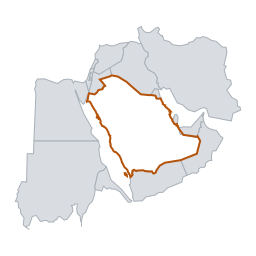 Saudi Arabia highlighted among its neighbors
{"feature_id": "SAU", "entity_name": "Saudi Arabia", "entity_type": "country or territory", "adm_level": 0, "iso_a3": "SAU", "parent_name": "Asia", "parent_adm1": "", "projection": "natural_earth1", "projection_center": [44.88, 24.248], "detail": "fine", "context": "with_neighbors", "style": "outline", "palette": "amber", "viewbox_px": 256, "rotation_deg": 0, "n_neighbors": 15, "source": "natural_earth", "source_scale": "50m", "svg_char_len": 10156}
<svg xmlns="http://www.w3.org/2000/svg" viewBox="0 0 256 256"><path d="M29.4,229.5L25.2,226.7L23.3,224.9L24.0,217.6L20.8,213.6L20.4,209.2L18.4,207.4L18.4,203.6L17.3,201.1L15.4,201.5L17.5,196.5L16.9,193.8L18.8,191.8L17.7,190.3L21.8,181.6L26.6,182.0L27.2,153.7L33.5,153.7L33.9,140.8L98.3,140.8L100.0,147.2L98.8,148.3L99.5,155.0L101.4,162.7L106.4,166.7L103.6,170.3L99.6,171.4L97.8,173.4L94.8,187.1L95.3,189.7L94.4,195.2L92.1,201.6L88.7,204.8L85.7,212.3L83.1,214.1L81.4,220.8L81.5,226.6L81.4,221.6L80.7,221.5L80.1,216.1L77.3,213.5L76.7,208.9L77.4,204.1L74.9,203.7L74.5,205.1L71.2,205.5L72.5,207.3L72.9,211.2L67.0,219.4L64.2,220.0L59.6,216.3L57.5,217.6L56.9,219.5L54.0,220.7L53.8,222.0L48.3,222.0L47.6,220.7L43.6,220.5L41.6,221.6L40.1,221.0L36.3,215.5L32.3,216.4L29.3,225.1L25.6,227.0L29.4,229.5Z" fill="#d9dde1" stroke="#a8b0b8" stroke-width="1"/><path d="M94.1,67.9L92.6,73.6L90.7,72.7L89.4,77.1L90.8,77.8L89.4,78.7L89.1,80.4L91.6,79.5L91.7,82.0L88.8,92.3L85.6,81.2L87.2,79.1L90.3,69.2L94.1,67.9Z" fill="#d9dde1" stroke="#a8b0b8" stroke-width="1"/><path d="M94.1,67.9L90.5,69.1L95.3,59.1L97.7,59.4L98.4,62.0L95.5,64.4L94.1,67.9Z" fill="#d9dde1" stroke="#a8b0b8" stroke-width="1"/><path d="M91.6,79.5L89.1,80.4L89.4,78.7L90.8,77.8L89.4,77.1L90.7,72.7L92.6,73.6L91.6,79.5Z" fill="#d9dde1" stroke="#a8b0b8" stroke-width="1"/><path d="M92.6,73.6L93.5,71.6L99.3,74.2L109.8,67.3L111.8,75.1L100.1,79.4L105.3,85.8L103.5,86.9L102.6,89.1L98.5,90.0L94.8,94.3L88.9,93.3L88.8,92.3L91.7,82.0L92.6,73.6Z" fill="#d9dde1" stroke="#a8b0b8" stroke-width="1"/><path d="M177.9,126.3L178.9,126.0L179.1,127.8L183.3,126.8L191.0,127.1L201.9,114.6L203.0,116.8L203.8,121.9L201.1,122.0L200.7,126.2L201.7,127.1L199.3,128.3L199.3,131.0L196.6,137.6L180.3,134.4L177.9,126.3Z" fill="#d9dde1" stroke="#a8b0b8" stroke-width="1"/><path d="M173.7,123.0L173.3,118.3L174.7,114.9L176.2,114.3L177.8,116.3L178.0,120.1L176.9,123.9L175.4,124.3L173.7,123.0Z" fill="#d9dde1" stroke="#a8b0b8" stroke-width="1"/><path d="M158.2,89.3L160.6,98.5L156.9,98.7L155.5,95.6L150.8,94.9L154.6,88.7L158.2,89.3Z" fill="#d9dde1" stroke="#a8b0b8" stroke-width="1"/><path d="M111.8,75.1L109.8,67.3L121.5,60.6L123.5,52.8L123.1,48.0L126.0,46.4L128.7,42.4L130.9,41.4L136.9,42.3L138.7,43.9L141.2,42.8L144.6,50.5L148.0,52.4L148.4,56.2L145.8,58.4L144.6,63.5L148.2,69.6L154.7,73.2L157.5,78.1L156.6,82.8L158.3,82.8L158.4,86.2L161.4,89.6L154.6,88.7L150.8,94.9L140.9,94.4L125.9,81.4L118.1,76.9L111.8,75.1Z" fill="#d9dde1" stroke="#a8b0b8" stroke-width="1"/><path d="M197.7,136.3L197.8,133.7L199.3,131.0L199.3,128.3L201.7,127.1L200.7,126.2L201.1,122.0L203.8,121.9L206.3,126.4L209.4,128.7L216.6,130.7L220.7,136.6L222.7,137.4L222.7,138.8L215.8,151.0L213.3,150.6L212.2,152.2L211.4,155.5L211.7,160.6L209.2,160.5L205.8,162.9L205.3,166.1L204.1,167.4L200.7,167.4L198.6,169.0L198.7,171.6L196.0,173.4L193.0,172.8L186.9,175.3L180.6,160.2L196.9,153.7L200.3,140.8L197.7,136.3ZM203.0,116.8L201.9,114.6L203.4,112.4L204.1,113.0L203.0,116.8Z" fill="#d9dde1" stroke="#a8b0b8" stroke-width="1"/><path d="M161.4,89.6L158.4,86.2L158.3,82.8L156.6,82.8L157.5,78.1L154.7,73.2L148.2,69.6L144.6,63.5L145.8,58.4L148.4,56.2L148.0,52.4L144.6,50.5L138.4,37.7L139.4,35.7L137.8,28.3L141.3,26.5L142.1,28.9L144.7,31.9L148.3,32.7L150.1,32.5L156.2,27.8L158.1,27.3L159.6,29.2L157.9,32.4L161.1,35.7L162.4,35.4L164.1,40.2L169.0,41.5L172.7,44.7L180.1,45.8L188.2,44.1L188.6,42.6L193.1,41.4L196.7,37.7L200.1,37.9L202.4,36.7L206.1,37.3L211.9,40.5L216.1,41.3L222.3,47.0L226.1,47.2L226.9,52.6L223.9,65.4L226.2,66.3L224.2,69.8L226.7,79.1L230.7,80.2L231.4,84.4L226.8,90.2L231.9,97.5L237.1,100.4L237.5,106.1L240.1,107.1L240.6,110.1L233.0,113.4L231.3,121.0L209.1,116.7L206.6,108.7L204.0,107.6L199.9,108.8L194.6,111.9L188.0,109.7L182.5,104.8L177.3,102.9L169.6,88.2L166.7,89.2L163.3,87.1L161.4,89.6Z" fill="#d9dde1" stroke="#a8b0b8" stroke-width="1"/><path d="M93.5,71.6L95.5,64.4L98.4,62.0L97.7,59.4L95.3,59.1L95.0,54.2L99.2,48.7L99.5,45.1L101.2,46.3L107.0,44.5L109.7,45.8L114.0,45.7L120.0,43.3L128.7,42.4L126.0,46.4L123.1,48.0L123.5,52.8L121.5,60.6L99.3,74.2L93.5,71.6Z" fill="#d9dde1" stroke="#a8b0b8" stroke-width="1"/><path d="M95.3,189.7L94.8,187.1L97.8,173.4L99.6,171.4L103.6,170.3L106.4,166.7L111.0,180.0L121.4,189.3L129.2,198.9L131.9,200.8L130.2,202.4L127.8,201.8L119.9,191.7L115.1,189.1L111.3,189.0L110.0,187.7L106.8,189.2L103.5,186.2L101.7,191.0L95.3,189.7Z" fill="#d9dde1" stroke="#a8b0b8" stroke-width="1"/><path d="M180.6,160.2L186.9,175.3L182.9,177.1L181.8,182.1L167.6,187.9L162.7,192.4L158.6,192.4L155.4,195.0L145.9,197.0L142.4,200.8L134.1,201.2L132.6,197.4L132.8,193.9L129.3,184.6L130.4,184.3L130.3,177.3L132.7,175.2L132.1,172.5L133.6,169.4L135.8,171.0L143.6,170.3L152.0,171.3L153.4,173.4L155.9,172.3L159.8,165.6L164.9,162.7L180.6,160.2Z" fill="#d9dde1" stroke="#a8b0b8" stroke-width="1"/><path d="M98.3,140.8L33.9,140.8L35.9,94.0L34.6,88.8L36.1,84.8L35.5,82.1L37.5,79.0L44.6,78.9L57.2,83.5L63.6,79.6L68.3,79.1L72.0,79.9L73.3,83.1L74.6,81.0L82.9,82.9L85.6,81.2L88.8,92.3L84.4,103.2L83.1,104.3L79.1,99.4L75.6,90.1L75.0,90.7L83.9,114.1L92.1,128.4L91.1,129.5L91.2,133.7L98.3,140.8Z" fill="#d9dde1" stroke="#a8b0b8" stroke-width="1"/><path d="M180.5,160.2L179.2,160.4L178.0,160.6L176.6,160.8L174.9,161.1L173.6,161.3L171.7,161.6L169.9,161.9L168.3,162.2L166.7,162.4L165.3,162.6L164.5,162.9L163.5,163.5L162.1,164.3L160.5,165.2L159.8,165.6L158.9,166.8L158.5,167.4L157.8,168.4L157.2,169.2L156.5,170.2L156.2,171.1L155.8,172.4L155.4,172.7L154.8,173.1L154.2,173.4L153.2,173.4L152.7,172.6L152.2,171.7L151.9,171.4L151.6,171.4L150.7,171.5L149.6,171.6L148.3,171.5L146.8,171.3L145.4,171.1L144.6,171.0L143.7,170.5L143.5,170.4L143.2,170.3L142.1,170.3L141.0,170.3L139.9,170.5L138.9,170.4L137.8,170.5L137.4,170.7L137.0,170.7L136.7,170.9L136.5,171.0L136.2,170.8L135.9,170.9L135.4,170.7L135.1,170.4L134.7,170.1L134.4,169.9L134.1,169.8L133.8,169.8L133.4,170.0L133.1,170.2L132.5,170.8L132.5,171.0L132.8,171.4L132.7,171.6L132.3,171.8L132.2,172.4L132.2,172.7L132.1,173.5L132.3,174.1L132.5,174.3L132.5,174.6L132.4,175.1L132.0,175.3L131.8,175.8L131.7,176.0L131.4,176.3L130.4,177.1L130.3,176.6L130.0,175.9L130.0,175.3L129.8,174.8L129.5,174.4L129.0,173.9L129.0,173.4L128.6,172.8L128.1,172.3L127.8,171.4L127.6,170.3L126.3,168.8L124.7,167.4L124.2,166.6L123.3,165.0L122.9,163.7L121.8,162.3L121.8,161.7L121.6,161.0L121.4,160.3L121.2,159.7L120.1,157.0L119.8,156.6L119.5,156.0L119.4,155.6L119.3,155.3L118.5,154.9L117.8,153.8L115.6,152.0L114.6,151.9L113.7,151.2L113.1,150.4L112.5,149.0L111.3,147.5L110.3,145.3L110.7,144.5L110.6,143.9L110.3,143.0L110.0,142.3L109.8,141.6L110.0,140.6L110.1,139.5L110.3,138.9L110.4,138.3L110.2,137.0L109.9,136.3L110.0,135.9L109.6,135.6L109.3,135.1L109.6,135.1L109.1,134.5L108.8,134.1L108.6,133.1L108.4,132.4L107.5,130.8L107.1,129.8L106.2,128.5L105.2,127.5L104.5,127.1L104.2,126.7L103.7,126.7L103.1,126.1L102.7,126.1L102.2,126.0L101.6,125.0L101.1,123.9L100.3,122.6L100.5,122.3L100.7,121.7L100.6,121.0L100.5,120.5L100.1,119.6L99.0,117.3L98.6,117.0L98.1,116.6L97.8,115.6L97.7,114.7L96.9,114.3L95.5,111.1L94.7,110.0L94.3,109.3L93.4,108.1L92.9,106.9L92.0,105.7L91.2,103.8L89.9,101.8L89.4,101.5L88.1,101.4L87.5,101.2L87.0,101.6L86.9,101.1L87.3,100.3L87.9,98.8L88.0,97.4L88.9,93.3L90.0,93.5L91.0,93.7L92.3,93.9L93.7,94.2L94.6,94.4L94.8,94.3L96.0,93.3L97.0,92.4L97.7,91.3L98.3,90.2L98.6,90.0L99.5,89.8L101.0,89.5L102.4,89.2L102.5,89.0L102.9,88.2L103.3,87.1L103.5,86.9L104.5,86.3L105.2,85.9L104.3,84.8L103.5,83.8L102.6,82.6L101.8,81.7L100.6,80.4L99.9,79.5L101.2,79.1L102.7,78.6L104.2,78.2L106.0,77.6L107.4,77.2L109.5,76.5L110.5,76.2L111.5,75.4L112.7,75.6L114.4,75.9L116.2,76.2L117.9,76.6L118.5,76.9L120.3,78.0L121.4,78.7L122.7,79.5L124.3,80.5L125.5,81.2L126.9,82.1L128.0,83.2L129.5,84.5L131.0,85.9L132.3,87.0L134.1,88.6L135.9,90.1L137.6,91.6L139.0,92.8L140.8,94.3L142.7,94.5L145.1,94.7L147.5,95.0L149.6,95.2L150.6,95.0L151.6,95.1L153.0,95.3L153.8,95.4L155.4,95.7L155.9,96.6L156.0,97.3L156.2,98.0L156.7,98.6L157.7,98.6L158.7,98.6L159.9,98.6L160.8,98.5L161.1,99.2L161.2,99.8L161.8,101.2L162.6,102.3L162.8,102.7L162.9,103.3L162.8,103.6L162.7,103.8L163.3,104.5L164.3,105.0L164.7,105.1L165.1,105.3L164.8,105.7L165.3,106.5L166.0,107.4L166.7,107.5L167.7,108.8L169.1,109.6L170.0,110.7L169.7,110.6L169.4,110.5L169.3,111.1L169.4,111.6L169.8,112.0L170.2,112.4L170.4,113.0L170.1,114.3L169.8,114.2L169.6,114.2L169.4,114.3L169.7,115.2L170.0,116.0L170.3,116.6L170.6,117.4L170.8,117.8L171.8,118.7L172.1,119.5L172.3,120.9L172.9,121.7L173.3,122.3L173.7,122.8L174.0,123.5L174.4,124.1L174.6,124.2L174.9,124.3L175.3,124.3L175.7,124.1L176.2,124.0L176.6,124.3L177.0,124.2L177.0,124.5L176.8,124.8L176.5,125.7L176.9,125.9L177.4,125.9L177.7,126.1L177.9,126.1L177.9,126.3L177.9,127.1L178.0,127.4L178.2,127.7L178.5,128.1L178.8,128.5L179.1,129.0L179.4,129.4L179.7,129.8L180.0,130.2L180.3,130.7L180.6,131.1L180.9,131.5L181.2,131.9L181.5,132.3L181.9,132.8L182.2,133.2L182.5,133.6L182.8,134.0L183.1,134.5L183.3,134.8L183.8,134.9L184.3,135.0L185.0,135.1L185.8,135.2L186.8,135.3L187.9,135.5L189.0,135.6L190.2,135.8L191.5,136.0L192.6,136.2L193.7,136.3L194.7,136.5L195.5,136.6L196.2,136.7L196.6,136.7L196.7,136.8L197.2,136.8L197.6,136.3L198.0,137.0L198.3,137.6L198.8,138.5L199.3,139.3L199.8,140.2L200.1,140.8L200.0,141.5L199.8,142.2L199.6,142.9L199.4,143.6L199.2,144.3L199.0,145.1L198.9,145.8L198.7,146.5L198.5,147.2L198.3,147.9L198.1,148.6L197.9,149.3L197.7,150.1L197.6,150.8L197.4,151.5L197.2,152.2L197.0,152.9L196.8,153.8L196.2,154.0L195.3,154.4L194.3,154.7L193.4,155.1L192.5,155.5L191.5,155.9L190.6,156.2L189.7,156.6L188.7,157.0L187.8,157.3L186.9,157.7L185.9,158.1L185.0,158.4L184.1,158.8L183.1,159.2L182.2,159.6L181.3,159.9L180.5,160.2ZM125.9,174.9L126.3,175.0L126.2,174.8L126.1,174.7L126.3,174.4L126.9,175.0L126.9,175.7L126.9,175.9L126.7,175.7L126.5,175.4L126.4,175.2L125.8,175.3L125.4,175.1L124.9,174.5L124.8,174.1L125.0,174.0L125.2,173.8L125.4,173.4L125.2,173.1L125.5,173.1L125.7,173.5L125.7,174.3L125.8,174.5L125.7,174.7L125.9,174.9ZM98.8,119.0L98.7,119.0L98.3,118.5L98.1,118.2L97.9,118.0L96.9,117.6L96.7,117.3L96.9,117.0L97.0,117.3L98.0,117.8L99.0,118.7L99.1,118.8L98.8,119.0ZM97.2,116.8L96.9,116.7L97.0,116.2L97.2,115.9L97.1,116.3L97.2,116.7L97.2,116.8Z" fill="none" stroke="#b45309" stroke-width="2"/></svg>